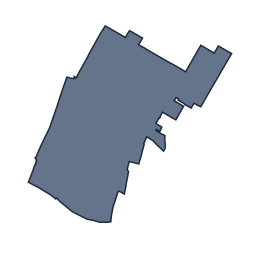 Ianca, Romania, rotated 11°
{"feature_id": "2599482B25351029590238", "entity_name": "Ianca", "entity_type": "district", "adm_level": 2, "iso_a3": "ROU", "parent_name": "Romania", "parent_adm1": "", "projection": "mercator", "projection_center": [24.181, 43.749], "detail": "fine", "context": "isolated", "style": "filled", "palette": "slate", "viewbox_px": 256, "rotation_deg": 11, "n_neighbors": 0, "source": "geoboundaries", "source_scale": "gbopen_adm2", "svg_char_len": 4032}
<svg xmlns="http://www.w3.org/2000/svg" viewBox="0 0 256 256"><g transform="rotate(11 128 128)"><path d="M215.4,35.1L208.2,32.7L201.0,30.2L200.6,31.5L199.6,34.4L198.4,37.8L198.3,38.0L183.7,32.9L181.2,40.1L178.8,47.3L178.3,48.8L176.5,54.0L173.8,61.8L166.3,59.1L158.8,56.6L158.5,56.6L157.3,56.2L153.2,54.8L151.6,54.3L144.3,51.8L137.1,49.3L130.2,46.9L130.0,46.7L129.9,46.6L129.7,46.6L126.3,45.5L122.8,44.3L122.5,44.2L123.0,42.9L123.4,41.7L124.3,39.3L124.9,37.5L125.1,36.9L124.8,36.8L124.1,36.6L123.5,36.4L122.8,36.2L122.1,35.9L121.4,35.7L120.8,35.5L120.1,35.3L119.8,35.2L119.7,35.1L119.4,35.0L118.9,34.8L117.6,34.4L117.3,34.3L117.0,34.2L116.7,34.1L116.4,34.0L116.2,33.9L115.8,33.8L115.5,33.7L115.4,33.7L115.2,33.6L114.8,33.4L114.6,33.3L114.4,33.2L114.0,33.1L113.8,33.0L113.5,32.9L113.4,32.9L113.2,32.8L112.7,32.7L112.2,32.5L112.0,32.4L111.8,32.4L111.5,32.3L111.2,32.2L110.9,32.1L109.7,35.2L108.9,37.8L108.2,39.6L101.7,37.4L87.7,32.6L87.0,32.4L86.2,32.1L85.8,33.0L84.8,35.7L84.0,37.6L83.3,39.3L82.1,43.0L80.9,46.6L79.3,51.5L78.4,54.1L76.9,58.9L76.4,60.3L76.1,61.1L75.9,61.8L75.7,62.5L75.2,64.2L74.2,67.7L73.2,70.8L72.0,74.4L71.2,77.1L69.6,81.7L68.4,85.9L67.7,88.4L67.7,88.6L66.2,88.0L65.5,87.7L65.3,87.7L65.4,87.9L66.0,89.6L64.5,89.8L64.0,89.9L63.0,90.0L62.2,90.0L61.1,89.9L60.0,89.8L59.2,89.7L58.3,89.7L58.3,89.8L58.0,91.3L57.8,92.9L56.3,103.3L55.5,109.3L55.2,112.2L54.9,115.0L53.8,123.1L51.7,138.0L50.9,143.1L50.2,145.8L49.1,150.0L48.6,151.5L48.2,153.1L45.8,162.3L45.6,163.5L45.2,164.9L45.1,165.4L44.7,167.0L44.6,167.7L44.4,168.7L43.9,171.1L43.4,173.5L43.3,173.8L43.1,174.0L42.8,174.4L42.5,174.9L42.7,175.2L42.8,175.5L43.0,175.8L43.2,176.0L43.3,176.0L43.5,176.1L43.8,176.2L44.1,176.3L44.2,176.5L44.3,176.6L44.4,176.9L44.4,177.1L44.4,177.4L44.2,177.5L44.4,177.7L44.5,177.9L44.6,178.2L44.6,178.4L44.5,178.6L44.4,178.7L44.3,178.8L44.2,179.1L44.1,179.4L44.0,179.5L44.0,179.8L44.0,180.1L44.1,180.4L44.1,180.6L44.2,180.9L44.2,181.1L44.1,181.4L43.8,181.5L43.7,181.7L43.7,181.9L43.5,182.4L43.4,182.7L43.4,182.8L43.1,185.4L42.8,188.0L42.5,189.4L42.3,190.8L42.2,191.3L42.0,192.2L41.9,193.0L41.7,193.8L41.6,194.7L41.5,195.1L41.4,195.8L41.3,196.5L41.1,197.4L41.0,198.2L40.8,199.1L40.7,199.5L40.6,200.3L50.9,203.4L51.7,203.6L52.1,203.7L52.4,203.8L58.2,206.0L65.0,208.5L70.6,211.4L71.2,210.3L75.6,213.4L81.3,216.5L85.3,218.6L89.5,220.9L105.1,225.3L112.4,225.4L117.4,225.8L118.5,225.7L119.1,225.7L125.2,224.6L129.0,223.4L128.4,216.3L128.4,207.9L128.8,205.3L130.3,193.3L130.9,191.6L137.0,193.5L137.0,189.4L137.1,185.4L136.9,184.8L136.9,181.1L136.9,175.6L136.9,175.0L136.9,174.0L136.9,173.8L136.8,173.4L136.9,172.1L136.8,170.4L136.6,170.2L136.3,170.0L135.8,169.9L135.3,169.2L135.1,168.9L135.1,168.7L135.6,160.8L135.7,160.6L145.5,161.2L146.2,153.2L146.4,150.1L146.6,146.2L146.7,145.7L146.7,145.1L146.9,142.2L147.0,140.7L146.3,140.5L148.1,133.0L151.8,134.5L154.6,135.5L157.6,137.6L160.1,139.4L163.8,141.7L167.3,144.0L167.6,143.0L167.8,142.6L168.0,142.2L168.1,141.9L168.2,140.9L168.3,140.2L168.2,139.6L168.1,139.2L167.8,137.8L167.5,136.7L166.9,134.3L166.3,132.4L166.1,131.3L166.0,130.9L165.9,130.0L165.7,128.6L165.7,128.4L165.1,128.1L164.7,128.0L164.1,127.9L163.1,127.7L162.6,127.6L161.7,127.3L161.2,127.1L160.7,126.9L159.4,126.4L158.5,126.1L157.3,125.6L155.8,124.9L156.2,123.9L159.9,125.3L160.2,124.3L160.6,122.9L160.7,122.4L160.8,122.0L160.8,121.6L161.0,120.9L161.0,120.6L160.7,120.4L160.2,120.3L155.0,118.6L154.6,118.4L154.5,118.2L154.9,117.1L155.7,114.9L155.9,114.3L156.0,114.1L156.6,112.3L157.1,112.4L157.1,112.2L157.2,111.9L157.4,111.4L157.5,110.5L157.5,110.2L157.7,109.6L157.8,109.1L158.9,105.9L173.4,110.9L176.7,101.2L177.1,100.0L178.4,96.0L178.2,96.0L168.2,92.5L169.4,88.9L170.3,89.2L170.9,89.4L171.1,89.5L172.3,89.9L171.9,91.1L172.1,91.2L177.5,93.0L178.4,93.3L178.6,93.4L178.9,93.6L179.1,93.8L179.1,94.0L182.9,95.3L186.2,96.4L188.0,91.1L192.0,92.4L195.4,93.3L200.2,79.2L201.4,75.7L202.8,71.6L204.0,68.1L205.4,64.3L207.9,57.1L209.1,53.5L211.2,47.4L215.4,35.5L215.2,35.5L215.4,35.1Z" fill="#64748b" stroke="#1e293b" stroke-width="1.5"/></g></svg>